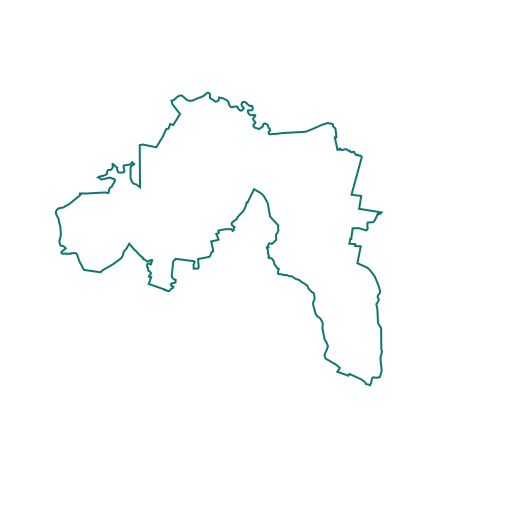 Sebis, Arad, Romania (Albers equal-area conic projection), rotated 139°
{"feature_id": "2599482B59578062471496", "entity_name": "Sebis", "entity_type": "district", "adm_level": 2, "iso_a3": "ROU", "parent_name": "Romania", "parent_adm1": "Arad", "projection": "albers", "projection_center": [22.139, 46.413], "detail": "fine", "context": "isolated", "style": "outline", "palette": "teal", "viewbox_px": 512, "rotation_deg": 139, "n_neighbors": 0, "source": "geoboundaries", "source_scale": "gbopen_adm2", "svg_char_len": 6154}
<svg xmlns="http://www.w3.org/2000/svg" viewBox="0 0 512 512"><g transform="rotate(139 256 256)"><path d="M311.9,417.8L313.5,417.0L315.0,415.6L316.0,415.8L319.5,417.1L320.6,418.0L321.8,418.2L322.2,418.7L323.5,418.9L323.0,418.1L323.1,417.2L322.8,416.8L322.7,415.3L319.3,413.3L317.6,412.6L316.2,411.6L315.0,411.3L313.9,409.5L313.8,408.5L313.0,408.1L312.5,407.0L312.5,406.0L313.1,405.3L313.7,405.0L314.8,404.8L315.6,404.2L317.1,404.0L319.3,402.9L320.7,403.2L322.0,403.2L323.8,402.1L325.4,400.6L326.7,400.7L327.9,402.7L343.2,414.6L348.5,419.3L347.7,417.6L349.3,417.3L362.7,417.7L367.7,418.8L369.2,418.8L372.3,420.7L374.1,421.5L375.1,421.6L376.4,421.3L378.1,420.7L379.3,418.9L380.8,413.3L382.6,410.3L384.6,406.2L389.4,399.9L394.8,396.1L395.8,394.3L396.7,392.0L395.0,390.1L394.7,388.8L394.6,386.6L399.9,386.7L400.7,386.3L400.8,384.9L398.0,382.7L397.4,381.6L396.0,380.9L395.2,379.9L394.6,379.6L394.2,379.1L393.2,379.1L391.5,377.5L390.7,377.2L389.9,374.9L392.8,367.9L393.9,362.9L394.6,360.6L394.9,358.3L384.0,345.7L380.6,345.8L372.9,344.2L368.6,343.5L359.1,342.8L356.1,343.7L354.4,345.2L351.9,346.2L349.5,346.4L343.6,348.4L343.7,340.4L343.3,338.5L343.3,333.4L342.5,328.9L343.2,327.6L342.2,326.3L342.1,324.7L341.7,323.5L341.2,322.6L339.4,322.4L337.1,321.3L337.3,320.6L338.6,320.6L339.2,319.6L339.7,319.6L340.5,318.7L341.0,318.7L341.3,319.8L342.7,321.0L343.4,321.0L344.8,320.1L345.3,319.3L345.2,317.9L346.5,316.4L346.8,315.1L346.4,314.4L346.4,312.1L347.5,311.4L349.4,311.3L350.3,310.5L348.9,308.9L355.3,305.3L346.6,290.0L347.0,289.8L344.8,286.5L341.2,286.9L340.2,286.5L339.2,286.5L338.6,286.8L338.5,287.2L339.0,288.6L339.4,289.0L338.8,290.6L337.2,290.4L336.0,289.8L334.8,289.0L334.0,288.9L332.3,290.8L333.0,291.8L333.3,292.8L333.4,294.2L333.4,294.8L332.0,297.0L325.3,303.1L323.2,305.2L321.7,306.3L319.6,306.4L318.5,306.6L306.4,293.0L306.1,291.9L309.1,290.2L310.4,288.3L311.3,287.4L308.1,284.6L306.7,285.0L301.7,291.7L292.0,286.1L290.3,286.2L288.5,287.3L286.5,288.1L285.6,287.6L284.2,288.9L280.3,296.4L273.8,292.9L273.3,293.1L271.5,298.8L269.5,297.9L268.8,297.9L267.8,299.8L264.9,298.4L261.3,296.1L257.0,292.4L257.1,290.2L255.6,290.3L254.6,291.6L253.3,291.8L253.9,295.2L253.0,296.6L251.9,297.0L246.4,296.6L244.3,297.5L235.7,298.3L232.1,299.8L227.8,302.6L227.4,301.9L213.6,307.6L211.9,302.7L210.8,298.7L210.9,295.3L212.5,288.3L213.1,287.0L219.5,276.6L219.1,264.4L220.4,263.4L222.4,260.5L224.5,259.5L226.9,258.9L228.0,257.9L230.0,255.0L230.9,254.8L232.5,254.9L235.6,254.6L236.7,255.6L237.6,256.9L239.8,256.1L240.6,255.5L240.8,254.4L241.8,254.6L242.3,255.3L242.6,254.8L242.7,253.9L243.5,252.3L245.7,249.4L245.9,248.4L246.4,247.1L247.4,246.9L247.5,245.9L246.4,244.7L245.7,243.5L246.2,239.8L247.5,237.8L247.9,232.8L247.2,231.5L247.3,231.2L248.4,230.7L250.9,228.5L250.7,227.6L249.0,225.7L247.3,223.2L245.4,221.6L244.1,218.8L242.6,217.7L241.1,212.8L239.1,209.4L238.8,206.9L237.8,204.0L236.7,199.9L237.8,197.1L237.6,193.5L237.7,192.9L236.9,190.6L237.4,188.8L239.1,186.2L240.4,184.9L243.6,183.3L245.1,181.3L248.1,175.0L249.1,172.4L249.3,171.0L248.5,166.5L249.0,163.9L249.6,161.9L250.2,160.9L253.2,158.0L259.0,148.0L259.4,144.9L260.9,140.7L263.5,139.1L269.1,136.5L270.5,134.1L270.7,132.5L269.6,129.7L266.7,120.6L266.2,116.5L270.6,115.3L264.8,105.1L262.8,105.6L257.4,93.6L256.5,89.2L257.1,87.3L255.1,84.7L254.8,83.7L252.6,84.5L248.9,87.4L247.1,87.5L244.9,85.0L242.0,83.4L236.5,86.8L229.2,97.2L223.3,101.5L222.8,103.2L209.0,119.3L207.9,125.4L199.1,136.5L196.8,140.7L194.6,141.2L192.1,142.3L190.9,145.6L189.3,146.4L186.9,146.8L185.7,147.5L183.8,151.3L182.2,155.4L179.8,162.7L179.4,167.9L179.3,172.1L179.9,174.8L184.2,184.0L171.5,193.9L170.6,194.5L174.6,198.6L173.3,199.8L177.5,204.1L173.4,207.2L172.9,206.4L164.9,213.5L160.2,209.6L155.9,202.9L153.7,203.3L152.9,204.7L152.3,205.5L150.3,207.7L149.7,208.0L145.6,204.8L145.2,204.7L143.2,205.0L140.5,206.0L138.4,207.0L138.1,206.9L137.4,207.2L137.2,207.7L136.9,207.9L136.0,207.6L135.7,206.9L134.7,206.3L132.7,206.6L147.2,223.9L137.2,232.3L143.7,239.6L111.2,261.3L111.3,263.3L112.8,264.4L112.8,265.8L113.9,266.1L114.3,267.2L114.0,269.2L113.6,270.2L114.2,270.8L115.0,271.1L116.3,272.3L116.5,273.0L116.2,273.7L117.4,275.3L117.7,277.2L118.2,277.8L121.6,279.5L121.9,280.1L122.0,281.3L122.3,281.9L123.0,281.2L123.6,281.6L123.5,282.3L124.0,282.7L124.8,282.8L118.7,293.8L117.5,292.8L114.9,296.4L112.5,300.0L112.8,303.2L111.5,305.2L112.4,306.6L113.8,307.9L114.4,309.2L120.2,311.7L129.9,314.7L137.0,317.2L155.6,331.6L159.4,334.1L166.1,339.1L166.0,339.9L164.8,341.5L163.1,341.3L162.3,342.8L162.3,344.6L161.1,347.4L161.7,348.8L162.3,350.1L163.6,350.7L164.7,350.3L165.9,349.3L170.4,349.8L172.7,353.8L172.9,355.0L172.7,355.9L172.0,356.6L171.1,356.9L170.5,356.7L169.1,356.9L168.7,357.4L168.7,360.2L168.3,361.4L167.4,361.9L165.1,362.1L164.2,362.7L164.6,363.4L167.8,365.9L168.1,367.2L167.9,369.5L167.0,371.0L166.7,371.1L166.0,370.9L165.0,370.0L164.7,369.5L163.3,368.7L162.6,368.7L161.9,369.2L161.1,370.3L161.0,370.8L160.6,371.7L160.7,372.2L161.4,372.4L162.4,374.0L162.8,375.8L162.9,378.4L163.2,379.3L164.5,380.7L166.0,380.8L167.5,379.9L168.1,379.0L168.2,377.1L168.2,375.5L170.5,375.1L171.3,375.3L172.4,375.9L172.7,377.3L172.8,378.8L172.7,379.4L172.3,379.8L172.3,381.3L174.4,383.0L176.5,384.0L177.1,384.8L177.3,385.6L177.3,387.0L176.0,389.9L175.6,391.5L176.3,393.8L177.4,396.6L179.8,399.8L180.9,398.8L182.5,398.0L184.2,398.4L185.4,399.1L186.1,402.6L187.1,405.0L186.6,406.3L185.5,407.0L184.6,408.5L184.5,409.8L185.1,410.6L185.9,411.2L190.4,411.2L193.4,411.9L195.1,412.8L201.6,414.8L204.1,416.4L205.9,419.2L206.2,422.8L206.6,425.0L207.1,426.3L208.7,427.2L210.6,427.7L215.4,427.7L218.0,428.6L219.5,425.4L220.1,415.2L220.1,413.0L232.4,409.2L234.3,411.9L238.4,409.5L240.6,410.7L248.1,407.2L259.9,403.5L268.4,414.5L271.1,415.9L298.4,384.0L299.4,388.4L300.8,390.8L301.0,392.5L300.3,395.5L299.3,397.5L294.8,402.5L293.3,404.5L291.7,405.6L287.6,405.3L287.9,408.1L290.9,407.6L296.5,411.1L298.2,409.0L299.2,406.9L300.4,405.9L303.1,407.3L304.4,408.7L305.0,409.8L304.2,412.3L302.7,413.7L303.2,415.4L303.3,418.0L303.9,419.4L304.8,418.6L305.3,417.2L306.9,416.5L308.7,416.2L310.0,416.9L311.0,417.8L311.9,417.8Z" fill="none" stroke="#0f766e" stroke-width="2"/></g></svg>